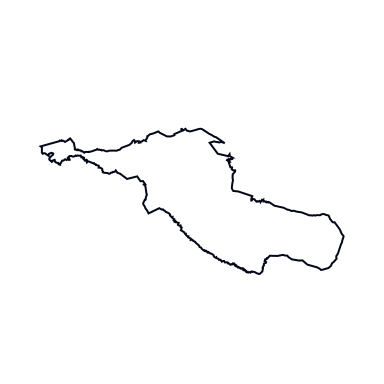 Arbore, Suceava, Romania (Robinson projection), rotated 195°
{"feature_id": "2599482B94816756597949", "entity_name": "Arbore", "entity_type": "district", "adm_level": 2, "iso_a3": "ROU", "parent_name": "Romania", "parent_adm1": "Suceava", "projection": "robinson", "projection_center": [25.905, 47.743], "detail": "fine", "context": "isolated", "style": "outline", "palette": "ink", "viewbox_px": 384, "rotation_deg": 195, "n_neighbors": 0, "source": "geoboundaries", "source_scale": "gbopen_adm2", "svg_char_len": 6114}
<svg xmlns="http://www.w3.org/2000/svg" viewBox="0 0 384 384"><g transform="rotate(195 192 192)"><path d="M230.6,239.2L238.6,240.9L240.2,241.8L244.9,238.3L247.5,236.9L248.5,235.7L248.8,234.8L249.6,234.4L249.3,232.3L250.3,230.2L249.8,229.4L252.3,229.5L253.2,228.1L255.3,226.7L254.9,226.3L256.1,225.8L256.3,227.2L258.1,227.0L259.8,225.0L260.5,226.5L261.4,227.2L262.7,225.6L262.7,224.5L263.1,223.6L264.7,221.3L271.4,216.5L272.8,214.1L274.4,213.3L275.2,212.5L280.7,211.1L283.0,210.3L284.4,209.3L286.0,209.1L288.3,209.5L290.0,208.8L290.7,209.2L291.5,208.8L292.5,209.0L293.6,208.5L294.7,209.0L295.3,208.1L300.2,204.8L301.9,204.2L301.9,203.9L304.6,203.4L305.3,202.9L306.6,202.6L306.6,202.2L308.2,202.9L309.3,202.7L309.4,203.1L310.1,203.4L311.6,203.1L312.2,203.4L312.4,203.1L313.2,203.4L313.5,202.9L313.9,203.1L314.3,202.7L314.9,203.0L315.6,202.7L315.7,203.1L316.3,203.1L316.6,204.3L318.9,208.9L320.2,209.5L320.9,210.3L323.6,212.2L325.0,210.5L324.8,210.3L327.7,207.5L329.3,208.1L331.1,208.2L331.1,207.5L333.1,207.4L333.2,206.8L350.0,196.9L348.5,196.2L347.2,191.1L346.4,190.6L346.0,190.3L345.1,191.1L344.2,191.4L339.9,189.8L340.1,191.8L337.9,193.5L336.3,193.3L335.9,193.0L335.9,192.0L337.1,190.5L338.3,187.9L338.5,187.2L338.1,186.3L335.2,184.8L335.0,185.1L335.2,186.0L333.0,187.5L332.7,187.0L332.9,186.3L332.6,186.0L330.6,185.2L328.6,185.5L328.2,185.1L328.1,184.4L327.7,184.2L326.6,184.2L326.8,184.6L326.0,186.3L326.0,187.2L325.5,188.7L324.3,189.1L323.0,190.8L321.3,190.5L320.5,191.7L319.1,191.1L318.5,191.5L319.9,193.4L320.3,193.0L320.7,193.1L320.2,194.3L319.6,195.0L317.6,195.6L316.7,195.3L315.8,195.5L314.1,196.5L313.7,197.2L312.7,197.0L311.7,197.8L310.3,197.8L308.9,198.4L307.9,196.9L306.6,197.5L306.4,197.3L306.7,197.0L306.5,196.8L305.2,197.1L305.1,196.8L305.5,196.5L305.5,195.9L304.5,195.5L303.8,194.6L302.8,194.9L302.8,195.5L302.4,195.9L301.7,195.6L301.4,194.9L301.6,194.0L301.2,193.4L300.7,194.4L299.9,194.8L295.4,194.2L294.2,194.5L293.9,193.9L292.0,193.8L291.8,193.2L289.0,193.3L288.5,192.5L288.5,191.4L286.6,191.7L285.4,191.4L284.5,190.8L284.5,189.9L283.2,188.7L283.3,188.1L282.0,187.8L278.3,188.5L277.3,188.1L276.1,188.4L275.2,189.8L274.2,190.0L273.6,191.0L272.8,191.0L271.6,191.8L271.2,193.1L268.9,191.2L266.3,191.1L258.1,187.8L249.0,192.9L244.6,189.1L242.1,189.8L239.1,187.3L240.3,186.7L238.5,185.5L235.5,178.5L234.9,177.8L235.2,175.0L234.8,172.9L235.0,172.3L235.6,172.3L236.3,168.5L235.6,167.2L233.8,165.7L232.6,164.0L230.9,162.8L228.4,160.1L219.4,167.9L216.9,167.2L215.6,167.7L214.6,166.9L213.6,167.0L212.4,166.1L209.3,165.6L207.4,164.7L207.2,163.6L205.6,162.7L204.5,163.0L204.6,162.1L204.3,161.8L202.1,161.2L202.2,160.6L201.5,160.2L202.0,159.8L200.9,159.4L201.4,159.0L201.3,158.7L199.9,158.6L199.6,159.2L198.7,158.7L196.9,158.7L197.1,156.6L195.5,156.2L194.4,156.8L194.1,156.4L193.9,155.2L192.8,155.0L192.9,154.2L192.6,153.6L192.9,152.2L189.2,151.1L187.9,149.8L187.1,150.1L186.7,149.0L185.4,148.2L184.0,148.3L184.0,147.2L181.3,146.8L180.9,145.4L180.4,145.9L179.2,146.0L178.9,145.3L178.2,145.1L176.0,144.7L175.8,144.2L171.4,142.1L170.4,140.8L169.0,140.7L167.6,139.5L166.1,138.8L165.5,138.6L165.2,139.0L164.5,138.9L164.2,138.3L163.2,138.7L163.1,138.3L162.9,138.2L161.4,138.3L161.6,137.8L161.3,137.5L159.2,137.8L158.3,137.3L157.6,137.5L156.1,137.1L154.6,136.4L154.4,135.6L153.4,134.9L152.2,134.8L151.8,135.2L151.6,134.5L149.1,134.3L148.3,133.4L146.8,133.9L145.3,132.4L144.3,133.3L143.1,133.7L142.1,132.5L139.8,133.2L138.9,133.1L138.6,132.9L139.1,132.5L138.9,132.3L137.5,132.4L136.1,131.6L135.5,131.9L135.4,132.4L134.3,132.6L134.1,133.6L133.1,133.9L132.7,133.1L132.1,133.3L130.8,132.8L131.4,132.3L131.4,132.0L130.2,131.6L129.7,131.9L128.8,131.4L127.8,131.7L127.5,131.6L127.6,131.0L125.7,131.2L125.5,130.7L124.8,130.6L124.4,130.7L124.5,131.1L123.1,131.5L121.8,130.9L121.7,130.5L122.3,130.4L122.1,130.0L121.1,129.9L120.5,130.4L120.1,130.1L120.5,129.8L119.3,129.8L119.3,129.2L119.0,128.8L118.3,128.7L117.5,129.1L117.4,128.7L116.6,128.8L115.4,129.6L114.8,129.4L114.7,129.9L113.8,130.7L113.2,130.3L112.6,130.8L110.8,130.9L108.1,130.2L106.5,130.3L106.0,130.1L105.2,130.6L103.5,133.5L103.7,136.7L104.1,136.9L104.2,137.3L103.8,139.4L103.5,139.7L103.9,140.7L103.9,141.5L102.3,142.7L102.3,143.4L102.7,143.4L103.3,144.2L103.9,144.1L103.9,145.9L102.6,146.4L102.1,147.2L102.4,147.2L102.5,147.7L101.3,148.5L100.4,150.5L92.8,152.4L87.9,154.8L85.7,154.7L83.5,155.2L82.0,154.1L78.1,152.8L71.3,153.4L67.6,154.5L61.7,151.7L51.6,151.6L48.6,150.9L47.4,150.1L45.8,150.7L40.5,153.9L38.7,156.6L38.3,159.4L37.0,161.1L35.1,165.0L35.9,166.7L36.0,167.6L35.1,170.3L34.6,179.4L34.1,182.2L34.3,184.4L34.0,187.9L34.2,188.6L37.0,190.8L39.5,194.1L46.5,199.7L47.7,199.2L49.2,199.7L49.9,200.5L51.6,201.6L53.6,204.3L54.4,204.7L56.2,204.5L59.0,204.9L60.9,204.1L62.3,202.7L65.4,202.0L66.9,201.1L68.2,201.2L69.7,200.3L71.1,200.3L72.5,199.8L80.8,200.7L86.1,200.1L89.0,200.2L91.0,199.4L93.9,199.9L94.9,199.6L99.5,200.5L108.8,200.1L114.6,202.1L115.6,202.1L115.8,201.6L117.4,201.9L117.6,201.3L119.4,201.9L120.4,201.4L120.6,202.2L121.1,202.4L121.2,203.1L122.0,202.4L122.4,202.5L122.6,201.2L123.3,200.6L123.3,200.0L124.4,200.9L125.2,200.2L126.4,200.0L126.3,199.6L126.9,199.4L127.7,199.6L130.0,201.2L131.3,201.0L131.7,200.1L132.5,199.6L132.3,199.2L132.5,199.1L132.9,200.0L132.7,203.6L147.5,204.5L152.4,203.7L153.7,204.9L154.6,206.2L155.2,210.2L155.5,214.2L156.3,215.6L157.3,219.6L155.7,222.8L155.8,223.5L156.1,223.3L156.7,223.5L156.7,223.9L157.6,223.6L159.4,224.1L159.7,226.1L161.3,225.8L164.1,230.1L163.3,230.7L166.5,231.8L166.4,232.1L165.7,232.1L165.1,232.6L165.2,233.3L164.6,233.1L164.1,232.3L163.5,233.1L163.9,233.4L163.8,233.7L163.3,234.0L162.8,233.7L161.6,234.3L161.6,234.8L162.6,235.5L162.0,235.7L164.9,236.5L165.5,237.3L165.3,237.7L165.5,238.2L166.3,236.0L177.0,235.6L187.7,244.1L183.8,246.6L181.1,246.6L179.8,247.0L178.7,246.8L176.5,248.0L173.0,247.6L183.1,251.2L184.8,251.2L188.3,252.3L189.9,252.5L198.4,255.3L200.0,255.3L201.4,254.8L208.7,250.4L210.3,249.9L212.9,250.0L214.7,251.3L216.4,249.3L218.2,250.3L218.6,249.9L217.3,248.7L224.1,243.3L223.7,242.3L224.5,241.7L227.1,240.1L230.6,239.2Z" fill="none" stroke="#020617" stroke-width="2"/></g></svg>